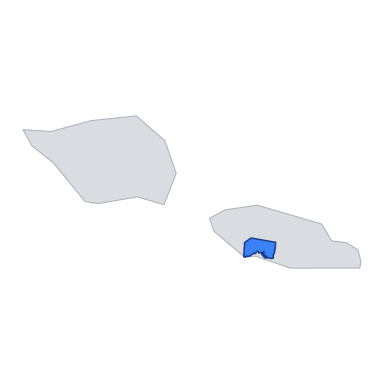 Safata, Tuamasaga, Samoa shown in context
{"feature_id": "51752279B93742903917224", "entity_name": "Safata", "entity_type": "district", "adm_level": 2, "iso_a3": "WSM", "parent_name": "Samoa", "parent_adm1": "Tuamasaga", "projection": "albers", "projection_center": [-171.851, -13.971], "detail": "fine", "context": "in_parent", "style": "filled", "palette": "blue", "viewbox_px": 384, "rotation_deg": 0, "n_neighbors": 0, "source": "geoboundaries", "source_scale": "gbopen_adm2", "svg_char_len": 3800}
<svg xmlns="http://www.w3.org/2000/svg" viewBox="0 0 384 384"><path d="M136.2,115.9L164.8,140.5L176.2,173.3L164.0,204.6L137.1,196.9L98.0,203.6L85.0,201.5L53.6,163.1L31.9,145.9L23.0,129.7L50.8,131.5L91.1,120.6L136.2,115.9ZM359.8,268.0L290.2,268.1L255.8,256.3L243.6,256.2L214.1,231.4L209.5,218.4L225.0,209.8L257.2,205.2L321.8,224.1L331.6,240.9L346.4,242.7L358.0,249.9L361.0,261.7L359.8,268.0Z" fill="#d9dde1" stroke="#a8b0b8" stroke-width="1"/><path d="M244.5,242.6L244.6,244.1L244.5,244.8L244.5,245.6L244.5,246.0L244.5,246.9L244.5,247.0L244.4,247.0L244.4,247.4L244.3,247.7L244.2,248.0L244.1,248.6L244.1,248.8L244.1,250.9L244.1,251.6L244.0,252.4L243.9,253.6L243.9,254.3L243.7,255.8L243.7,256.0L243.7,257.0L243.7,256.9L244.3,257.1L244.6,257.1L244.8,257.1L245.0,257.1L245.3,257.1L245.6,257.1L246.0,257.1L246.3,257.2L246.2,257.1L245.9,256.9L246.0,256.7L246.1,256.4L246.2,256.2L246.3,256.1L246.5,256.1L246.8,256.3L247.0,256.4L247.2,256.5L247.3,256.4L247.4,256.5L247.5,256.4L247.9,256.2L248.0,256.2L248.3,256.2L248.5,256.3L248.5,256.2L248.9,256.2L249.0,256.2L249.0,256.3L249.3,256.3L249.5,256.1L249.7,255.9L249.9,255.8L250.0,255.9L250.1,255.7L250.3,255.5L250.4,255.3L250.5,255.3L250.8,255.1L251.1,255.0L251.3,254.8L251.4,254.7L251.7,254.6L251.8,254.5L252.3,254.3L252.5,254.2L252.9,254.0L253.0,254.0L253.1,253.9L253.3,253.7L253.7,253.6L253.8,253.6L254.0,253.4L254.3,253.3L254.4,253.2L254.5,253.0L254.8,253.2L255.0,253.2L255.4,253.1L255.5,253.1L255.8,252.9L255.8,253.0L256.0,252.8L256.1,252.7L256.3,252.4L256.4,252.2L256.6,252.0L256.7,251.9L256.9,251.6L257.1,251.5L257.2,251.4L257.3,251.4L257.5,251.4L257.8,251.4L258.0,251.4L258.1,251.5L258.3,251.7L258.5,252.0L258.6,252.4L258.6,252.6L258.7,252.9L258.7,253.0L258.9,253.0L259.1,252.9L259.4,252.9L259.6,252.8L259.9,252.8L260.0,252.8L260.4,252.8L260.8,252.8L260.9,252.7L261.2,252.7L261.3,252.6L261.5,252.6L261.8,252.7L262.0,252.9L262.0,253.1L262.2,253.3L262.4,253.3L262.6,253.3L262.7,253.2L262.7,253.3L262.8,253.3L262.8,253.2L262.8,252.9L262.7,253.0L262.6,252.9L262.7,252.6L262.9,252.5L263.1,252.4L263.0,252.2L263.3,252.0L263.4,251.9L263.5,251.9L263.6,252.0L263.7,251.9L263.7,252.0L263.6,252.3L263.8,252.4L263.9,252.5L264.0,252.9L264.0,253.0L264.0,253.3L263.8,253.6L264.0,253.8L264.0,254.0L264.0,254.3L263.9,254.4L263.9,254.5L264.0,254.6L264.3,254.8L264.5,255.0L264.9,255.4L265.0,255.5L265.1,255.9L265.2,256.1L265.3,256.3L265.5,256.3L265.8,256.2L266.1,256.1L266.1,256.3L266.0,256.5L266.3,256.7L266.5,256.4L266.6,256.5L266.9,256.7L266.8,257.0L266.6,257.0L266.3,257.0L266.2,257.0L265.9,257.2L265.7,257.2L265.6,257.3L265.5,257.2L265.4,257.3L265.1,257.3L264.9,257.2L264.7,256.9L264.4,256.8L264.3,256.7L264.2,256.5L264.1,256.4L264.0,256.0L264.0,255.9L264.0,255.7L264.0,255.3L263.9,255.3L263.7,255.3L263.6,255.2L263.5,255.3L263.6,255.5L263.4,255.2L263.3,255.3L263.1,255.1L263.0,254.9L262.8,254.8L262.8,254.7L262.7,254.6L262.5,254.4L262.3,254.3L262.2,254.2L262.1,253.8L262.1,253.7L261.9,253.6L261.8,253.8L261.7,254.1L261.8,254.3L262.2,254.8L262.3,255.0L262.6,255.4L262.7,255.5L262.8,255.6L263.0,255.8L263.2,256.1L263.4,256.2L263.7,256.5L263.8,256.7L263.9,256.8L264.0,257.0L264.4,257.4L264.5,257.6L264.9,257.9L265.1,258.0L265.3,258.0L265.8,257.9L266.2,257.9L266.4,257.9L266.6,257.9L266.9,257.8L267.0,257.8L267.4,257.8L267.7,257.9L268.0,257.9L268.3,257.9L268.5,257.8L268.8,257.8L269.0,257.8L269.3,257.8L269.5,258.0L269.9,258.2L270.0,258.3L270.4,258.3L270.6,258.3L270.9,258.4L271.2,258.4L271.3,258.5L271.5,258.5L271.7,258.4L272.0,258.4L272.3,258.2L272.5,258.1L273.0,258.0L273.3,258.1L273.3,257.1L273.4,254.4L274.3,253.4L274.8,251.0L275.4,246.6L275.6,242.3L274.0,242.0L273.1,241.9L271.2,241.5L269.9,241.3L268.8,241.1L264.2,240.3L262.9,240.1L261.5,239.8L257.2,239.1L255.1,238.7L251.2,238.0L248.5,239.8L244.5,242.6Z" fill="#3b82f6" stroke="#1e3a8a" stroke-width="1.5"/></svg>